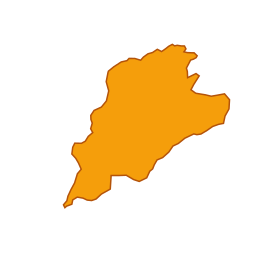 the district of Vasa Koilaniou, Limassol, Cyprus, rotated 231°
{"feature_id": "46923920B80352268926708", "entity_name": "Vasa Koilaniou", "entity_type": "district", "adm_level": 2, "iso_a3": "CYP", "parent_name": "Cyprus", "parent_adm1": "Limassol", "projection": "albers", "projection_center": [32.788, 34.84], "detail": "fine", "context": "isolated", "style": "filled", "palette": "amber", "viewbox_px": 256, "rotation_deg": 231, "n_neighbors": 0, "source": "geoboundaries", "source_scale": "gbopen_adm2", "svg_char_len": 1355}
<svg xmlns="http://www.w3.org/2000/svg" viewBox="0 0 256 256"><g transform="rotate(231 128 128)"><path d="M71.5,205.1L76.2,210.9L79.3,218.5L86.1,224.7L93.8,224.5L97.6,217.5L100.3,212.7L105.1,209.0L112.4,202.5L118.1,201.0L120.5,206.6L123.7,216.1L127.5,215.1L129.6,206.0L134.6,209.7L137.8,211.1L141.4,219.4L140.3,222.2L139.8,225.2L140.6,227.2L144.8,226.7L146.2,225.0L149.3,221.5L152.0,219.4L153.0,222.8L156.2,223.5L158.3,221.0L161.3,218.3L162.5,215.9L165.1,215.1L165.9,211.0L165.9,207.7L166.1,204.4L166.3,202.2L170.7,200.3L171.2,194.6L173.1,190.2L173.4,184.6L172.7,180.5L177.8,177.0L181.4,172.6L181.0,169.6L183.6,164.3L184.5,155.6L184.5,148.6L183.9,147.6L177.7,140.2L169.0,136.4L162.6,128.2L161.0,120.5L163.0,112.7L161.2,107.0L158.0,104.6L154.3,103.3L150.9,98.5L146.6,97.7L146.5,91.9L144.6,86.5L145.4,82.2L149.7,77.1L147.8,72.9L143.1,68.0L137.3,68.3L132.0,67.5L125.4,65.7L124.3,59.9L118.9,51.9L116.0,44.9L112.8,38.4L109.9,34.7L108.9,29.5L105.8,28.8L105.9,31.1L104.1,36.4L106.9,39.8L106.2,45.1L101.8,48.9L97.7,50.9L94.5,54.1L92.9,58.5L93.4,65.8L91.7,75.8L101.7,85.0L96.9,90.9L92.4,96.9L84.4,99.9L79.4,103.1L77.5,111.2L80.7,117.7L80.7,121.4L82.9,125.3L84.9,130.5L83.2,136.3L83.6,144.5L85.7,151.6L84.3,157.4L84.3,165.7L82.0,175.4L79.5,177.3L77.4,180.9L76.4,188.0L75.9,194.8L73.8,200.8L71.5,205.1Z" fill="#f59e0b" stroke="#b45309" stroke-width="1.5"/></g></svg>